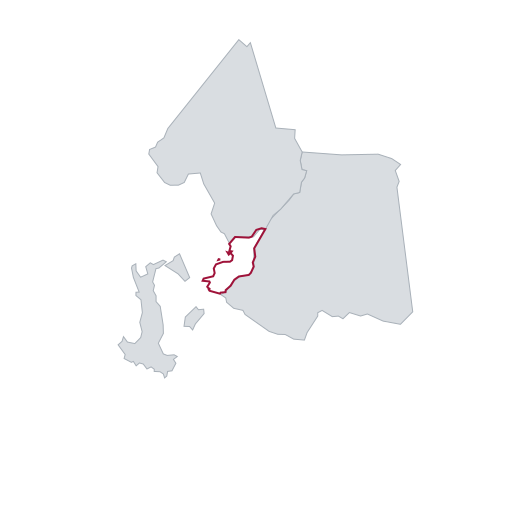 map of Tunisia with Algeria, Italy and Libya greyed out, rotated 221°
{"feature_id": "TUN", "entity_name": "Tunisia", "entity_type": "country or territory", "adm_level": 0, "iso_a3": "TUN", "parent_name": "Africa", "parent_adm1": "", "projection": "equal_earth", "projection_center": [9.904, 33.785], "detail": "coarse", "context": "with_neighbors", "style": "outline", "palette": "rose", "viewbox_px": 512, "rotation_deg": 221, "n_neighbors": 3, "source": "natural_earth", "source_scale": "50m", "svg_char_len": 2963}
<svg xmlns="http://www.w3.org/2000/svg" viewBox="0 0 512 512"><g transform="rotate(221 256 256)"><path d="M101.1,316.7L102.2,299.2L117.3,290.3L133.9,285.3L137.7,279.3L148.4,274.6L149.2,265.7L154.4,264.7L158.6,260.3L170.4,258.3L172.2,253.7L170.0,251.2L167.2,231.7L164.3,224.3L173.0,218.0L182.5,215.9L188.2,211.2L196.7,207.7L225.9,204.7L230.2,206.4L238.5,201.9L247.8,201.8L251.3,204.5L257.2,203.8L255.4,209.7L256.7,220.7L254.6,230.3L249.1,236.8L249.8,245.6L262.5,260.2L269.2,292.2L267.6,319.8L268.3,327.5L264.7,332.6L270.1,341.5L270.5,346.8L273.7,353.6L278.0,351.4L285.3,357.1L289.4,364.8L257.7,388.5L230.6,413.0L217.3,418.6L206.9,419.9L207.0,411.9L196.9,406.2L194.8,400.4L101.1,316.7Z" fill="#d9dde1" stroke="#a8b0b8" stroke-width="1"/><path d="M274.4,94.5L279.4,96.0L280.3,94.0L288.3,92.1L290.1,95.8L301.8,98.5L301.1,103.7L303.1,108.2L296.6,106.7L290.0,110.4L289.5,118.8L292.3,124.2L300.2,129.7L304.6,138.7L314.1,147.5L320.7,147.4L322.8,149.9L320.5,152.1L334.5,159.4L342.0,165.2L343.0,167.3L341.6,171.3L336.7,166.1L329.2,164.3L325.9,171.5L332.2,175.6L331.3,181.5L327.8,182.2L323.5,191.9L319.9,192.8L321.4,183.2L323.2,180.8L317.0,168.6L313.4,167.3L310.8,162.4L305.3,160.4L301.5,156.0L295.3,155.2L280.9,143.1L275.1,136.8L272.5,126.1L261.7,121.3L257.8,122.7L253.0,127.7L249.5,128.5L250.5,123.8L246.1,122.5L244.1,114.2L247.0,110.9L244.6,106.9L245.0,104.0L248.5,106.2L252.5,105.7L257.1,102.1L258.5,103.8L262.4,103.5L264.2,99.2L270.2,100.5L273.8,98.8L274.4,94.5ZM303.1,191.4L318.4,189.1L315.5,198.1L316.9,201.6L315.2,207.5L291.9,196.2L293.0,190.3L303.1,191.4ZM259.9,159.2L264.2,155.7L269.3,163.6L268.0,178.4L264.2,177.7L260.6,181.5L257.4,178.5L257.2,165.0L255.3,158.6L259.9,159.2Z" fill="#d9dde1" stroke="#a8b0b8" stroke-width="1"/><path d="M406.2,294.4L410.9,408.0L400.2,408.0L400.2,413.3L325.0,365.6L309.3,377.0L304.0,370.1L289.4,364.8L285.3,357.1L278.0,351.4L273.7,353.6L270.5,346.8L270.1,341.5L264.7,332.6L268.3,327.5L268.1,307.6L269.7,297.8L266.3,281.6L270.6,278.8L270.5,268.8L283.6,257.1L284.1,248.0L294.5,252.1L298.2,251.1L305.7,253.0L317.5,258.3L321.9,268.8L342.7,276.1L352.5,282.1L360.8,273.5L358.4,264.4L361.0,258.6L367.2,253.1L373.2,251.5L385.3,253.9L388.6,259.2L403.8,262.6L406.2,266.6L403.3,272.3L404.9,277.4L403.0,284.7L406.2,294.4Z" fill="#d9dde1" stroke="#a8b0b8" stroke-width="1"/><path d="M284.2,247.5L284.3,256.6L273.4,265.2L271.9,267.8L272.9,275.9L270.0,280.6L266.6,282.5L262.4,260.6L256.1,255.0L254.2,249.0L250.8,246.5L248.8,239.9L249.0,237.0L255.5,229.3L256.8,223.9L255.6,216.9L256.5,210.4L255.3,208.7L258.7,205.1L258.5,203.9L268.2,199.3L269.5,199.6L269.4,201.6L269.8,200.3L272.6,200.8L273.4,205.7L274.5,206.2L280.0,202.3L280.7,204.6L275.0,212.6L276.0,216.0L279.7,218.9L280.7,223.4L277.0,230.0L271.9,234.6L271.3,237.2L273.6,241.1L277.2,241.5L277.3,243.6L279.4,242.3L281.5,246.7L284.2,247.5ZM279.9,240.0L277.3,241.0L277.5,239.2L279.9,240.0ZM282.1,229.1L280.8,229.9L281.9,228.3L282.1,229.1Z" fill="none" stroke="#9f1239" stroke-width="2"/></g></svg>